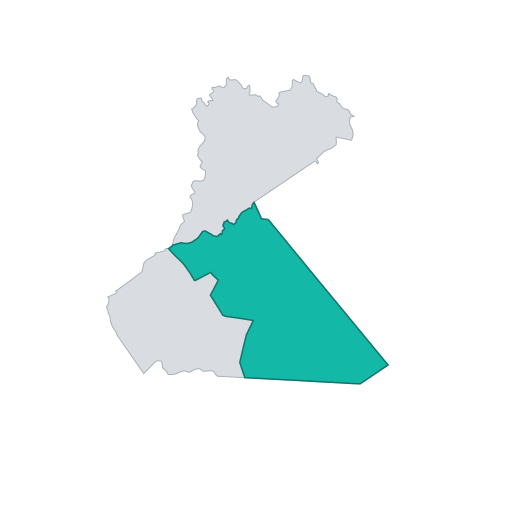 where Timbuktu sits in Mali, rotated 146°
{"feature_id": "MLI-2688", "entity_name": "Timbuktu", "entity_type": "Region", "adm_level": 1, "iso_a3": "MLI", "parent_name": "Mali", "parent_adm1": "", "projection": "robinson", "projection_center": [-3.929, 20.026], "detail": "fine", "context": "in_parent", "style": "filled", "palette": "teal", "viewbox_px": 512, "rotation_deg": 146, "n_neighbors": 0, "source": "natural_earth", "source_scale": "10m", "svg_char_len": 6973}
<svg xmlns="http://www.w3.org/2000/svg" viewBox="0 0 512 512"><g transform="rotate(146 256 256)"><path d="M113.4,370.2L113.6,368.5L112.3,367.4L112.3,366.8L113.0,362.0L112.9,360.7L113.5,358.3L112.6,357.2L112.5,356.4L110.5,353.3L109.8,350.6L108.8,348.9L106.4,348.3L105.5,349.8L105.0,350.0L104.1,349.0L103.8,348.0L103.8,347.2L100.7,343.0L101.0,340.8L102.1,339.6L102.6,337.7L101.5,335.5L101.6,333.3L101.5,330.4L99.7,327.8L98.5,326.6L97.5,324.8L98.4,320.6L96.6,317.0L100.0,318.4L101.6,317.1L103.1,315.3L104.5,312.9L105.1,309.9L105.4,307.4L106.8,303.4L108.4,301.5L111.8,298.7L112.7,299.0L118.2,304.9L121.3,307.9L122.4,309.5L123.4,309.5L125.0,306.6L126.6,304.1L127.3,303.5L132.8,303.1L135.7,303.6L138.3,304.3L141.9,304.5L151.5,302.7L151.6,301.5L151.5,300.1L151.9,299.0L152.7,298.0L153.4,297.8L153.6,301.2L154.4,301.7L156.7,301.8L227.5,301.8L230.5,284.4L225.3,278.1L207.4,91.8L241.1,91.8L246.9,96.0L355.2,177.9L355.8,180.5L355.7,184.2L356.5,185.3L358.1,186.5L364.2,190.0L364.7,190.7L365.0,192.1L365.7,193.9L367.0,194.9L368.5,195.7L370.4,196.2L376.0,196.8L377.2,197.6L379.6,200.8L380.9,201.5L388.4,203.2L390.9,204.1L393.5,205.6L395.0,206.9L395.0,212.0L396.0,215.3L396.0,216.1L394.8,217.5L394.6,218.4L393.2,221.1L393.5,222.1L396.1,224.1L397.4,224.6L398.9,224.6L414.8,221.2L415.4,268.7L414.8,269.4L414.5,277.8L413.4,282.8L411.4,286.4L410.1,291.9L409.4,293.0L408.8,296.1L407.7,297.9L405.6,298.6L402.0,302.1L401.7,304.9L393.1,303.4L392.5,303.4L392.2,303.8L392.0,305.3L370.0,306.1L359.2,306.8L352.4,313.2L348.0,313.8L342.4,313.3L339.6,313.2L338.5,313.6L338.3,314.8L329.5,311.5L326.2,312.5L325.7,312.2L325.3,311.5L323.7,311.1L321.2,311.3L319.3,311.8L313.8,316.8L310.8,318.1L305.2,321.1L301.3,323.7L299.9,324.2L297.7,324.3L295.9,324.8L294.3,330.6L293.2,331.2L286.6,328.9L285.2,329.2L284.1,329.9L280.3,333.3L278.5,336.0L277.5,339.6L277.7,342.0L277.0,342.7L275.3,342.9L272.2,342.2L271.3,342.5L270.8,344.3L270.9,348.2L270.2,350.8L268.4,351.6L267.0,352.7L265.9,353.0L264.9,352.7L259.5,348.8L257.7,348.1L255.7,348.6L253.8,350.3L250.3,354.4L250.7,355.9L251.7,357.6L252.3,359.7L252.3,361.6L247.4,364.3L248.5,366.3L248.4,371.7L246.1,374.1L245.3,375.7L243.1,377.5L241.2,378.4L235.3,379.9L232.8,381.6L231.7,382.9L231.4,384.4L231.7,386.1L232.8,389.7L232.4,392.9L231.5,396.7L230.5,398.4L227.8,400.3L228.2,402.8L228.4,406.3L228.0,410.9L227.1,413.9L226.5,413.6L223.8,413.8L220.9,414.7L219.9,415.5L219.6,416.6L217.2,419.1L215.5,418.9L214.0,418.2L213.2,417.6L213.1,417.2L214.1,415.2L214.1,414.5L213.2,411.0L213.4,410.2L213.0,407.5L212.8,407.4L209.6,408.5L209.4,409.0L209.9,410.7L209.6,411.0L208.5,411.0L206.9,410.4L205.1,408.8L204.7,409.3L204.5,410.6L204.4,412.0L204.8,414.7L204.4,415.6L201.6,415.5L199.4,415.8L198.8,416.7L198.6,417.8L199.1,419.0L199.0,419.5L198.1,420.2L197.6,420.2L196.4,418.9L191.3,417.6L190.9,415.8L190.3,415.8L188.7,413.6L188.1,413.7L187.5,414.0L185.6,413.9L183.8,415.8L182.6,418.1L181.2,419.3L179.1,419.8L179.5,418.3L178.8,416.2L174.5,413.7L173.8,412.6L172.7,406.8L172.8,405.1L173.1,403.5L172.9,402.4L172.5,401.5L171.2,400.6L169.8,400.2L168.1,401.3L167.2,401.5L166.5,401.5L166.1,401.0L166.1,400.5L168.0,397.3L168.9,396.0L170.8,394.5L171.3,393.7L171.3,393.1L171.1,392.7L169.9,392.1L168.0,390.7L167.0,390.5L166.2,389.9L165.3,387.6L164.8,387.2L163.9,386.9L163.1,386.4L163.2,380.9L161.4,376.7L159.8,371.5L158.9,370.2L157.4,369.2L155.6,368.5L153.9,368.3L152.1,368.9L152.1,369.4L153.1,371.0L153.3,372.0L153.1,372.9L152.8,373.5L150.3,374.1L147.0,376.0L145.8,378.2L145.1,378.5L143.8,378.2L135.0,374.4L131.3,376.1L128.9,379.4L128.3,380.4L127.2,381.4L126.5,381.4L125.9,380.8L123.3,375.8L122.2,374.6L120.9,374.6L119.7,375.4L118.4,377.0L116.8,378.6L115.9,379.1L115.0,378.8L111.4,375.5L111.2,374.7L112.9,370.8L113.4,370.2Z" fill="#d9dde1" stroke="#a8b0b8" stroke-width="1"/><path d="M241.1,91.8L242.6,92.9L244.0,93.9L245.5,95.0L246.9,96.0L249.0,97.6L250.5,98.8L252.1,100.0L253.6,101.1L255.1,102.3L256.6,103.4L258.1,104.6L259.6,105.7L261.2,106.9L262.7,108.0L264.2,109.2L265.7,110.3L267.2,111.5L268.7,112.6L270.3,113.8L271.8,114.9L273.3,116.1L275.0,117.3L276.6,118.6L278.3,119.8L279.9,121.1L281.6,122.3L283.2,123.6L284.9,124.9L286.5,126.1L288.2,127.4L289.8,128.6L291.5,129.9L293.1,131.1L294.8,132.4L296.5,133.6L298.1,134.9L299.8,136.1L301.4,137.4L303.1,138.6L304.7,139.9L306.4,141.1L308.1,142.4L309.7,143.6L311.4,144.9L313.0,146.1L314.7,147.4L316.4,148.7L318.0,149.9L319.7,151.2L321.4,152.4L323.0,153.7L324.7,154.9L326.3,156.2L328.0,157.4L329.7,158.7L331.3,159.9L333.0,161.2L333.3,161.4L333.2,161.6L329.0,176.8L316.8,188.1L308.1,196.0L294.3,204.1L306.3,215.3L315.0,223.0L316.6,225.4L315.7,249.0L312.1,250.9L302.4,256.1L300.9,257.2L302.1,262.8L302.8,265.8L302.6,266.9L302.8,267.8L304.1,267.9L312.3,268.8L318.0,269.4L319.3,269.6L320.0,269.7L320.7,270.1L320.6,272.6L320.6,274.4L320.2,277.1L320.3,283.3L320.4,286.2L320.5,289.7L321.3,294.1L321.5,295.0L321.8,296.4L322.7,300.8L323.2,302.9L324.4,311.0L320.1,311.1L319.5,311.3L319.1,311.6L310.6,308.9L308.8,307.0L307.2,305.7L305.1,304.5L301.4,303.3L298.9,303.4L297.0,303.2L295.6,303.3L292.5,303.8L289.0,305.3L286.7,306.1L285.1,305.7L283.8,304.7L282.8,302.6L280.8,298.7L280.4,297.0L278.5,295.1L277.5,293.9L276.8,293.8L275.2,294.2L273.0,294.4L272.9,293.4L272.1,293.0L271.3,293.7L269.6,295.8L267.9,295.7L266.7,296.6L266.4,297.6L266.6,299.5L265.9,300.2L264.5,300.9L263.6,302.0L261.9,301.6L259.7,301.9L259.6,299.4L259.2,298.0L257.6,296.6L257.0,294.6L255.7,294.7L254.1,294.9L253.5,295.3L252.1,296.9L249.4,297.2L248.0,298.3L243.4,300.0L240.3,299.8L237.3,299.5L235.6,299.6L234.5,299.3L233.0,297.9L231.7,299.3L230.5,300.6L227.6,301.6L227.6,301.4L228.0,299.3L228.3,297.1L228.7,295.0L229.1,292.8L229.4,290.7L229.8,288.6L230.1,286.5L230.5,284.5L230.6,283.8L230.6,283.7L230.5,283.4L230.4,283.3L229.6,282.7L228.8,282.1L228.1,281.5L227.2,280.9L226.5,280.3L225.7,279.7L225.6,279.4L225.4,279.0L225.3,278.1L225.1,276.1L224.9,274.1L224.8,272.2L224.6,270.2L224.4,268.2L224.2,266.2L224.0,264.2L223.8,262.2L223.6,260.2L223.5,258.2L223.3,256.2L223.1,254.2L222.9,252.2L222.7,250.2L222.5,248.2L222.3,246.2L222.2,244.2L222.0,242.1L221.8,240.1L221.6,238.0L221.4,236.0L221.2,233.9L221.0,231.9L220.8,229.8L220.6,227.8L220.4,225.7L220.2,223.7L220.1,221.6L219.9,220.3L219.8,219.0L219.7,217.7L219.6,216.5L219.3,213.4L219.0,210.6L218.8,207.9L218.5,205.1L218.2,202.4L218.0,199.6L217.7,196.8L217.4,194.1L217.2,191.3L216.9,188.9L216.8,187.6L216.5,184.8L216.2,181.9L216.1,180.6L215.9,178.0L215.6,175.3L215.3,172.6L215.1,170.0L214.8,167.3L214.6,164.6L214.3,162.0L214.0,159.3L213.8,156.6L213.5,153.9L213.3,151.3L213.0,148.6L212.7,145.9L212.5,143.3L212.2,140.6L212.0,137.9L211.7,135.3L211.5,133.2L211.4,132.6L211.2,129.9L210.9,127.3L210.7,124.6L210.4,121.9L210.1,119.3L209.9,116.6L209.8,115.2L209.5,112.2L209.2,109.2L209.0,107.8L209.0,107.7L208.9,105.9L208.7,104.2L208.5,102.4L208.3,100.6L208.2,98.9L208.0,97.1L207.8,95.4L207.6,93.6L207.5,91.8L211.7,91.8L215.9,91.8L220.1,91.8L224.3,91.8L228.5,91.8L232.7,91.8L236.9,91.8L241.1,91.8Z" fill="#14b8a6" stroke="#0f766e" stroke-width="1.5"/></g></svg>